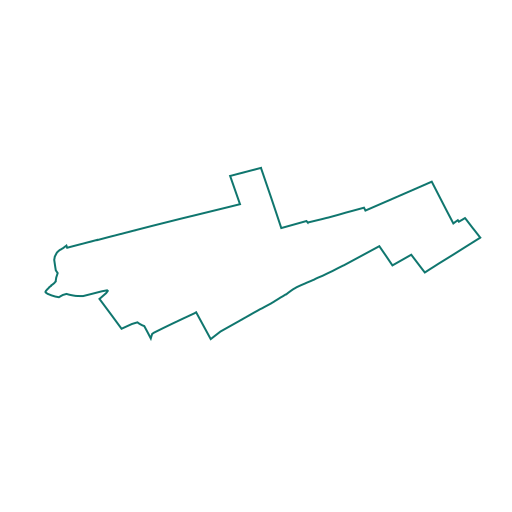 Independenta, Calarasi, Romania (Robinson projection), rotated 49°
{"feature_id": "2599482B9869535617898", "entity_name": "Independenta", "entity_type": "district", "adm_level": 2, "iso_a3": "ROU", "parent_name": "Romania", "parent_adm1": "Calarasi", "projection": "robinson", "projection_center": [27.18, 44.323], "detail": "fine", "context": "isolated", "style": "outline", "palette": "teal", "viewbox_px": 512, "rotation_deg": 49, "n_neighbors": 0, "source": "geoboundaries", "source_scale": "gbopen_adm2", "svg_char_len": 2712}
<svg xmlns="http://www.w3.org/2000/svg" viewBox="0 0 512 512"><g transform="rotate(49 256 256)"><path d="M379.2,139.4L379.3,138.8L380.1,133.1L380.8,128.6L381.6,123.1L384.4,106.1L386.8,90.5L388.7,78.4L389.3,74.9L389.3,74.7L388.8,74.7L387.3,74.6L379.5,74.2L377.0,74.1L365.7,73.4L364.5,73.4L364.1,75.6L363.9,76.9L363.8,77.3L363.2,80.4L362.3,80.3L361.4,80.2L361.1,83.0L360.9,85.7L347.4,82.5L338.0,80.2L315.2,74.6L306.3,103.0L293.5,143.6L290.4,142.8L284.9,154.2L282.3,159.5L280.6,163.2L278.9,166.9L276.5,171.9L274.1,176.9L274.0,177.0L273.9,177.1L272.5,179.9L271.1,182.7L268.9,186.9L265.0,194.4L264.9,194.5L264.7,194.6L264.7,194.8L264.8,195.0L264.7,195.0L262.7,195.0L251.5,218.6L236.4,212.3L221.4,206.1L207.1,200.3L196.8,196.1L193.3,194.7L192.8,194.4L178.6,223.0L206.4,234.1L201.4,243.9L183.8,278.1L183.2,279.2L178.2,288.9L165.0,314.9L144.8,355.3L139.9,365.3L139.7,365.2L127.1,390.6L125.9,393.1L123.8,392.3L123.8,392.8L123.7,393.4L123.7,393.5L123.6,394.4L123.6,394.9L123.5,396.5L123.2,397.9L123.0,399.4L122.8,399.7L122.7,400.5L122.7,402.2L122.8,404.0L123.6,406.1L124.5,408.3L125.5,409.5L126.5,410.8L131.0,413.7L133.2,415.1L135.5,416.5L138.8,416.9L141.2,420.9L142.3,422.2L143.4,423.5L143.8,423.8L143.9,424.9L144.1,426.1L144.0,428.6L143.8,429.7L143.9,430.0L144.1,430.2L144.0,431.3L143.9,432.3L144.1,433.4L144.2,434.4L144.2,435.2L144.3,435.9L144.4,436.6L144.5,437.3L144.7,437.9L145.0,438.5L145.4,438.6L145.8,438.6L147.8,438.1L150.9,436.5L151.2,436.4L154.9,434.1L156.4,432.9L157.8,431.8L158.2,429.6L158.7,427.3L159.5,425.6L160.3,423.9L162.3,422.6L164.2,421.2L166.1,419.7L168.0,418.1L170.4,415.5L172.8,412.8L177.1,404.3L181.4,395.7L182.8,393.3L184.2,390.9L185.1,390.8L185.4,392.1L185.7,393.4L185.7,402.3L204.2,403.7L222.7,405.2L224.3,399.7L225.9,394.3L227.1,391.6L228.3,389.0L229.7,388.7L230.8,388.4L233.7,387.3L235.6,386.3L236.0,386.4L242.6,387.9L249.2,389.5L247.9,387.5L246.7,385.5L246.8,384.4L246.9,383.4L249.6,373.0L252.4,362.7L255.6,351.3L258.9,339.9L259.2,338.1L274.1,341.4L289.0,344.7L289.7,332.3L293.6,313.5L296.8,297.7L297.4,294.7L298.3,290.6L298.8,288.0L299.5,285.6L299.9,283.6L300.8,279.6L301.7,275.7L301.9,274.3L302.2,272.9L302.4,271.2L302.7,269.5L303.0,267.6L303.3,265.7L303.3,265.4L303.6,263.9L304.0,262.1L304.2,260.7L304.4,259.3L304.5,258.8L304.6,258.7L304.8,258.5L304.9,255.7L305.2,252.2L305.5,249.5L305.9,247.7L306.2,245.9L306.8,243.8L307.5,241.4L308.3,238.9L308.9,237.1L309.4,235.3L310.9,230.9L311.4,229.2L312.0,227.5L312.2,226.3L312.5,225.2L313.0,223.5L313.8,221.1L314.6,218.8L316.0,213.5L317.5,208.2L318.9,202.3L320.4,196.5L320.6,196.1L325.1,176.1L325.7,173.4L329.5,156.5L341.1,157.8L346.8,158.5L352.6,159.2L356.9,138.0L375.3,139.2L379.2,139.4Z" fill="none" stroke="#0f766e" stroke-width="2"/></g></svg>